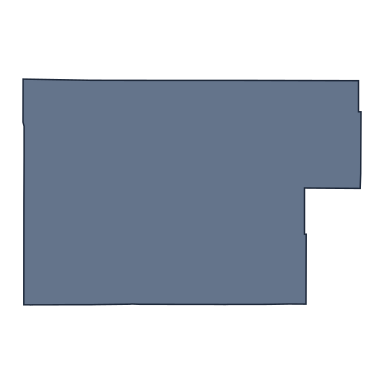 Sweetwater, Wyoming, United States of America
{"feature_id": "52423323B6016539214973", "entity_name": "Sweetwater", "entity_type": "district", "adm_level": 2, "iso_a3": "USA", "parent_name": "United States of America", "parent_adm1": "Wyoming", "projection": "mercator", "projection_center": [-109.016, 41.634], "detail": "fine", "context": "isolated", "style": "filled", "palette": "slate", "viewbox_px": 384, "rotation_deg": 0, "n_neighbors": 0, "source": "geoboundaries", "source_scale": "gbopen_adm2", "svg_char_len": 623}
<svg xmlns="http://www.w3.org/2000/svg" viewBox="0 0 384 384"><path d="M23.8,304.8L29.4,304.8L30.1,304.9L30.3,304.9L33.5,304.8L49.4,304.8L49.5,304.8L67.9,304.7L68.1,304.7L73.1,304.7L90.7,304.7L91.8,304.7L96.4,304.6L129.5,304.2L132.0,304.0L139.7,304.3L156.1,304.3L178.1,304.4L211.6,304.4L225.4,304.5L228.9,304.4L262.0,304.4L271.2,304.3L289.1,304.0L306.0,304.1L306.2,234.2L304.5,234.2L304.5,189.0L304.5,188.0L360.2,188.4L360.7,173.7L361.0,111.8L358.5,111.8L358.5,80.7L236.8,80.4L156.9,80.4L90.8,80.3L23.1,79.1L23.0,122.1L24.1,126.3L24.1,156.8L23.9,202.5L23.8,304.8Z" fill="#64748b" stroke="#1e293b" stroke-width="1.5"/></svg>